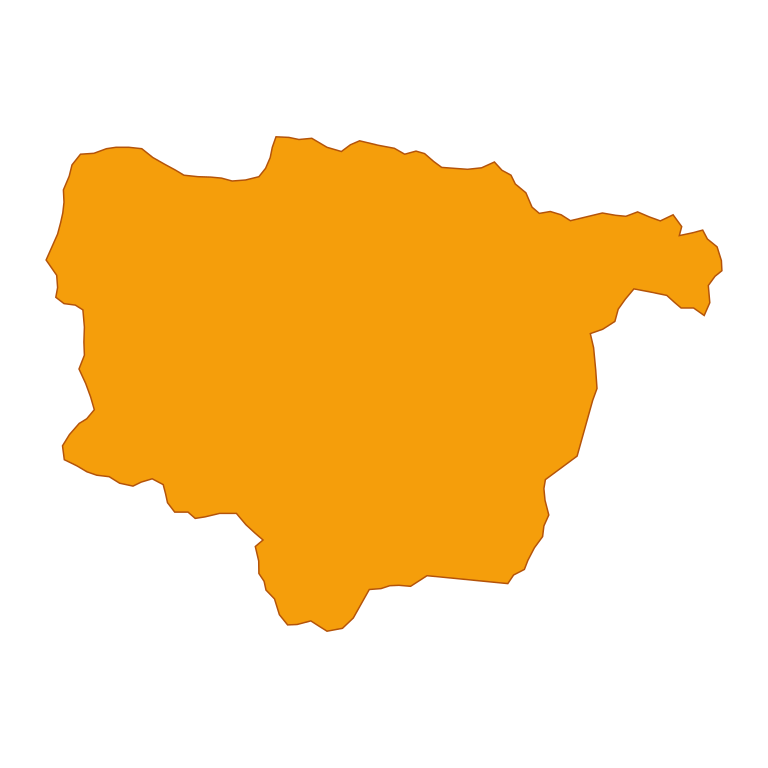 Santo Antônio de Jesus, Bahia, Brazil
{"feature_id": "56859067B58021421413718", "entity_name": "Santo Antônio de Jesus", "entity_type": "district", "adm_level": 2, "iso_a3": "BRA", "parent_name": "Brazil", "parent_adm1": "Bahia", "projection": "mercator", "projection_center": [-39.224, -13.018], "detail": "fine", "context": "isolated", "style": "filled", "palette": "amber", "viewbox_px": 768, "rotation_deg": 0, "n_neighbors": 0, "source": "geoboundaries", "source_scale": "gbopen_adm2", "svg_char_len": 2033}
<svg xmlns="http://www.w3.org/2000/svg" viewBox="0 0 768 768"><path d="M577.1,456.1L592.7,400.3L597.0,388.5L595.7,369.9L593.6,347.7L590.3,333.6L602.8,329.2L614.9,321.4L618.2,309.2L625.3,299.2L633.9,288.9L649.3,291.8L666.8,295.4L674.4,302.3L681.1,308.0L693.6,308.0L704.2,315.5L709.8,302.7L708.3,285.5L715.0,276.3L721.9,270.7L721.4,260.6L717.1,246.9L707.4,239.0L702.7,230.1L692.1,232.9L679.3,235.6L681.7,226.6L673.1,214.8L660.3,220.9L649.3,216.9L637.6,211.9L625.9,216.3L615.6,215.3L602.4,213.0L570.4,220.7L561.2,214.8L550.3,211.5L539.3,213.4L532.0,207.1L525.9,192.8L515.3,184.0L511.0,175.2L502.0,170.3L494.4,162.0L481.6,167.8L467.6,169.3L453.8,168.3L441.7,167.4L433.7,161.5L424.6,153.6L416.0,151.1L404.7,154.2L394.4,148.3L377.9,145.2L359.6,140.8L350.5,144.7L341.4,151.5L327.0,147.3L311.8,138.3L298.9,139.5L288.9,137.4L276.0,136.8L272.3,147.3L270.2,157.6L265.6,168.3L258.9,176.7L245.5,180.0L232.1,181.0L221.5,178.1L210.7,177.1L198.0,176.7L183.9,175.2L175.1,169.9L165.1,164.5L152.8,157.5L141.8,148.7L128.9,147.3L115.9,147.3L106.4,148.7L93.9,153.3L80.5,154.2L72.0,164.9L69.2,176.2L63.4,189.9L64.0,202.2L62.8,212.9L60.6,222.8L57.6,234.1L46.1,260.0L56.7,275.3L57.6,287.6L55.8,297.3L64.0,303.6L75.3,305.1L82.9,309.9L84.4,327.1L83.9,342.0L84.4,355.2L79.0,369.0L85.7,383.5L90.6,396.9L94.3,409.7L86.7,418.8L79.2,423.4L69.5,434.5L62.5,445.8L64.3,459.7L76.8,465.8L86.9,471.8L96.7,475.2L109.2,476.7L119.6,483.2L133.0,486.1L141.2,482.1L152.2,478.8L163.2,484.6L165.6,493.9L167.5,502.7L174.7,512.1L188.0,512.1L195.2,518.4L204.9,516.9L219.6,513.4L236.4,513.4L245.9,524.7L255.0,533.1L263.0,540.0L255.3,546.5L258.7,561.0L258.9,573.5L264.1,581.3L266.0,590.1L274.5,598.9L279.4,614.7L287.6,624.9L297.1,624.5L310.8,620.9L319.4,626.4L327.0,631.2L342.5,628.3L353.3,618.0L362.6,601.4L369.3,589.5L381.0,588.6L389.8,585.7L398.9,585.3L410.6,586.3L427.0,575.7L507.8,583.6L513.6,575.0L524.4,569.4L527.9,560.3L534.4,547.8L542.6,536.6L543.9,525.9L548.8,515.0L545.0,500.2L543.9,488.6L545.4,479.6L577.1,456.1Z" fill="#f59e0b" stroke="#b45309" stroke-width="1.5"/></svg>